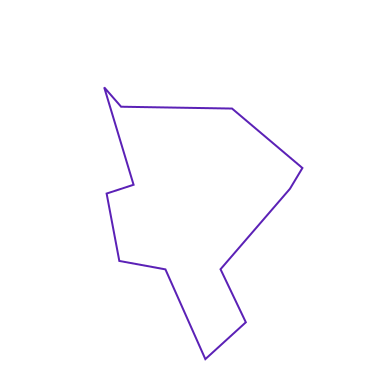 outline of Harrisonburg, Virginia, United States of America, rotated 320°
{"feature_id": "52423323B43531707652669", "entity_name": "Harrisonburg", "entity_type": "district", "adm_level": 2, "iso_a3": "USA", "parent_name": "United States of America", "parent_adm1": "Virginia", "projection": "robinson", "projection_center": [-78.881, 38.44], "detail": "fine", "context": "isolated", "style": "outline", "palette": "violet", "viewbox_px": 384, "rotation_deg": 320, "n_neighbors": 0, "source": "geoboundaries", "source_scale": "gbopen_adm2", "svg_char_len": 317}
<svg xmlns="http://www.w3.org/2000/svg" viewBox="0 0 384 384"><g transform="rotate(320 192 192)"><path d="M92.0,198.1L121.9,234.2L94.8,328.6L149.5,326.4L164.2,269.5L269.1,252.5L292.0,244.6L276.3,153.8L192.5,81.1L192.0,55.4L151.9,148.9L125.6,138.3L92.0,198.1Z" fill="none" stroke="#5b21b6" stroke-width="2"/></g></svg>